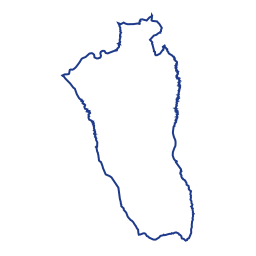 the district of Porumbacu De Jos, Sibiu, Romania
{"feature_id": "2599482B59458077641346", "entity_name": "Porumbacu De Jos", "entity_type": "district", "adm_level": 2, "iso_a3": "ROU", "parent_name": "Romania", "parent_adm1": "Sibiu", "projection": "robinson", "projection_center": [24.517, 45.696], "detail": "fine", "context": "isolated", "style": "outline", "palette": "blue", "viewbox_px": 256, "rotation_deg": 0, "n_neighbors": 0, "source": "geoboundaries", "source_scale": "gbopen_adm2", "svg_char_len": 5750}
<svg xmlns="http://www.w3.org/2000/svg" viewBox="0 0 256 256"><path d="M149.1,237.6L153.5,239.6L155.7,239.6L159.2,237.4L160.4,235.9L163.1,235.3L163.7,234.7L164.8,235.2L169.2,233.9L171.2,233.8L171.7,233.2L173.2,233.5L174.3,232.8L176.1,232.4L178.6,233.5L179.1,234.6L180.0,234.8L181.3,236.1L181.8,238.4L183.7,238.9L185.6,240.6L187.1,240.0L187.4,238.9L189.0,238.2L191.2,232.9L191.1,229.4L191.9,226.8L191.7,225.6L192.1,221.5L192.9,219.4L192.5,218.2L193.1,216.2L192.9,214.7L193.7,213.8L192.8,212.9L193.0,212.0L192.5,209.6L192.8,208.5L191.9,208.1L191.8,207.1L191.2,206.5L192.1,205.8L192.4,204.6L191.5,203.2L191.4,201.0L190.5,199.6L191.0,197.3L190.7,196.4L191.0,195.5L190.3,194.2L191.0,191.2L190.7,190.9L190.1,190.7L188.8,189.2L188.7,188.5L189.0,188.0L188.5,185.9L186.6,184.7L186.4,182.6L185.4,181.4L185.4,180.9L184.7,180.1L183.1,179.3L182.9,178.6L182.2,178.3L181.8,177.6L181.3,176.2L181.5,175.4L180.3,173.7L180.7,173.0L180.4,172.3L181.4,171.2L180.9,170.7L181.1,170.4L181.0,169.3L176.0,162.4L176.8,161.6L176.7,161.2L175.3,160.7L173.8,158.7L172.7,155.4L172.9,152.1L174.5,147.7L175.4,145.9L175.6,142.8L175.4,140.5L173.8,136.6L173.2,134.3L172.9,132.7L173.0,131.4L173.6,126.7L174.5,126.0L174.3,125.4L174.8,124.2L174.8,123.1L175.4,122.9L176.0,122.1L175.7,121.1L176.0,120.9L175.6,120.6L176.6,119.4L176.6,119.1L176.3,119.0L176.6,118.7L177.3,117.8L177.0,117.4L177.2,116.9L176.8,116.8L177.0,116.7L176.9,116.5L177.0,114.8L176.8,114.5L177.3,114.4L177.1,114.2L177.7,113.7L177.5,113.3L177.7,112.8L176.5,112.1L176.8,111.9L176.4,111.8L177.0,110.9L176.4,110.8L176.8,110.5L176.2,110.2L176.1,109.3L175.6,109.4L175.8,108.8L176.1,108.7L175.5,108.4L176.0,108.3L175.9,107.1L176.8,105.7L176.4,105.2L176.6,105.0L176.4,104.4L176.7,104.1L176.7,103.4L176.9,103.3L176.5,102.3L176.8,101.7L177.3,101.5L177.1,101.1L177.4,101.0L176.8,100.7L176.6,99.9L177.8,99.3L177.6,98.8L178.2,98.7L177.9,98.6L178.3,98.4L178.0,98.2L178.0,97.8L178.3,97.7L177.7,97.3L178.7,96.3L178.3,95.9L178.3,95.1L178.1,95.0L178.4,94.9L178.5,94.2L178.8,94.1L178.5,93.1L179.1,91.8L178.7,91.0L179.2,90.9L179.3,90.6L179.0,90.2L179.3,88.7L179.7,88.6L179.4,88.0L179.6,87.4L180.1,87.2L180.1,86.6L179.7,86.4L180.0,86.3L180.1,85.8L179.4,85.4L179.7,84.7L179.3,84.2L179.0,84.3L179.2,84.0L178.8,83.8L179.1,83.0L178.8,82.7L179.2,82.5L178.9,82.2L179.4,81.9L179.2,80.8L179.7,80.7L179.2,80.3L179.0,79.6L179.3,78.9L179.0,78.9L178.9,78.5L178.4,78.5L178.5,78.3L178.2,78.3L178.4,78.1L177.0,77.8L177.0,77.4L176.8,77.6L176.5,77.2L177.1,77.0L177.2,76.1L176.6,75.5L178.0,73.8L177.9,73.3L177.4,72.7L177.8,72.4L177.6,72.0L177.8,71.8L177.5,71.7L177.6,71.3L177.4,70.9L176.4,70.8L176.5,70.3L176.1,70.1L176.2,69.6L176.3,69.0L175.5,68.1L175.5,67.9L176.1,68.2L175.8,67.4L176.5,67.0L176.0,66.3L176.1,65.9L175.7,65.6L176.6,65.0L176.1,64.7L176.5,64.0L176.4,63.7L176.9,63.4L177.0,62.9L176.8,61.7L175.4,60.8L175.1,60.0L174.3,59.6L174.2,58.4L174.7,58.1L173.8,57.1L173.8,56.7L172.9,56.5L172.2,55.5L169.0,53.6L168.4,52.7L168.4,52.2L167.4,51.1L167.2,49.4L166.8,49.5L166.0,48.0L165.1,47.4L164.6,46.4L164.8,46.0L164.6,45.6L162.9,46.8L163.6,48.4L163.3,49.7L163.0,49.6L160.1,53.6L157.0,55.2L155.8,55.2L155.2,54.6L155.0,51.9L153.9,51.3L154.0,50.4L152.7,45.5L152.7,45.0L152.0,43.7L152.3,42.3L150.0,39.8L153.8,35.6L156.6,34.7L157.5,33.8L159.8,32.5L160.3,32.6L160.4,31.7L161.0,31.2L161.1,29.6L161.8,27.9L159.4,24.0L156.9,21.4L152.4,20.9L151.7,20.5L151.5,20.1L151.9,18.0L151.9,16.5L152.2,15.7L152.0,15.4L152.0,16.0L149.3,17.6L146.7,20.5L142.2,19.3L140.5,19.6L140.4,20.1L139.9,20.8L140.1,21.1L139.5,21.3L139.3,20.9L139.8,21.9L139.1,23.0L139.7,23.7L139.6,23.9L137.6,23.5L133.4,24.1L127.6,24.2L125.4,23.6L123.7,22.6L120.5,24.3L119.9,23.8L118.3,23.2L119.2,24.9L119.6,26.5L120.3,27.6L120.2,29.6L120.6,30.3L120.2,31.3L121.1,32.6L120.4,33.3L120.3,34.9L120.0,35.1L120.0,36.3L120.5,36.6L120.4,37.3L120.1,37.7L120.1,38.8L119.7,39.4L119.7,41.1L120.2,41.8L120.0,42.7L119.2,43.0L119.3,43.5L118.9,43.6L119.2,43.9L118.6,44.0L119.1,44.4L118.9,44.4L119.1,45.0L118.8,45.7L119.0,45.9L119.1,46.6L118.8,47.3L117.4,48.5L117.1,49.3L116.4,49.7L117.0,49.9L116.8,50.4L114.4,50.8L107.7,53.4L105.9,53.0L105.4,52.6L104.9,51.4L104.1,50.9L102.3,50.9L100.9,51.8L100.4,53.0L100.4,53.8L101.0,55.8L100.6,57.0L100.2,57.6L98.1,58.4L96.6,58.4L94.5,57.4L94.1,54.7L92.4,53.3L91.2,53.2L89.4,53.6L85.6,57.0L82.2,58.4L81.4,59.2L79.5,62.4L76.9,65.9L75.7,67.4L73.7,69.1L72.4,69.7L70.8,69.5L69.8,69.9L69.1,73.6L68.8,74.0L67.5,74.3L64.7,74.4L62.3,75.5L62.6,75.8L63.1,75.4L65.1,78.3L70.2,83.5L73.2,87.5L74.9,88.8L76.8,94.2L79.1,98.2L80.4,99.4L81.4,99.6L81.3,100.7L81.9,100.7L81.8,101.3L82.5,101.7L83.0,101.6L82.6,103.3L83.7,104.1L84.3,104.1L85.2,105.1L85.0,105.9L84.5,106.3L84.3,106.8L85.0,108.7L87.3,109.4L87.0,110.5L89.4,111.1L89.1,111.7L88.4,111.9L89.8,112.3L90.1,113.0L88.5,114.5L88.6,115.5L89.1,116.3L88.6,116.6L88.5,117.7L89.2,119.6L91.8,120.8L91.9,121.0L91.6,121.1L92.2,121.7L92.5,121.7L92.2,122.1L92.3,122.5L93.2,122.4L93.3,122.8L93.1,122.9L93.4,122.9L93.3,123.4L93.6,123.6L93.1,124.2L93.3,124.4L93.2,124.8L94.0,125.2L94.2,125.9L93.7,126.6L94.1,127.5L93.9,128.4L94.6,129.8L94.1,130.3L94.5,130.5L94.3,130.8L95.2,131.8L95.2,132.2L94.4,133.1L95.0,133.6L94.5,133.6L94.2,134.0L95.2,135.3L95.5,136.4L95.0,136.9L96.3,138.3L95.9,139.0L96.2,140.2L97.3,142.3L97.1,146.6L96.3,146.6L95.9,147.0L96.5,147.8L97.2,151.6L97.9,152.8L97.9,153.8L98.3,154.9L99.0,160.4L99.6,161.2L101.0,162.1L102.5,166.1L103.0,168.1L105.7,174.4L109.6,176.1L111.5,177.4L118.4,187.7L119.9,199.0L120.7,201.8L120.9,204.0L121.3,204.6L121.3,206.2L123.7,208.4L123.8,209.9L126.2,212.6L127.7,216.6L128.6,217.8L130.7,220.1L131.7,220.6L133.2,222.1L134.9,224.9L135.6,225.7L137.1,228.6L138.1,229.6L138.3,232.5L138.8,234.7L140.3,234.5L143.3,233.3L144.6,233.3L145.6,234.0L146.9,236.1L148.3,236.6L149.1,237.6Z" fill="none" stroke="#1e3a8a" stroke-width="2"/></svg>